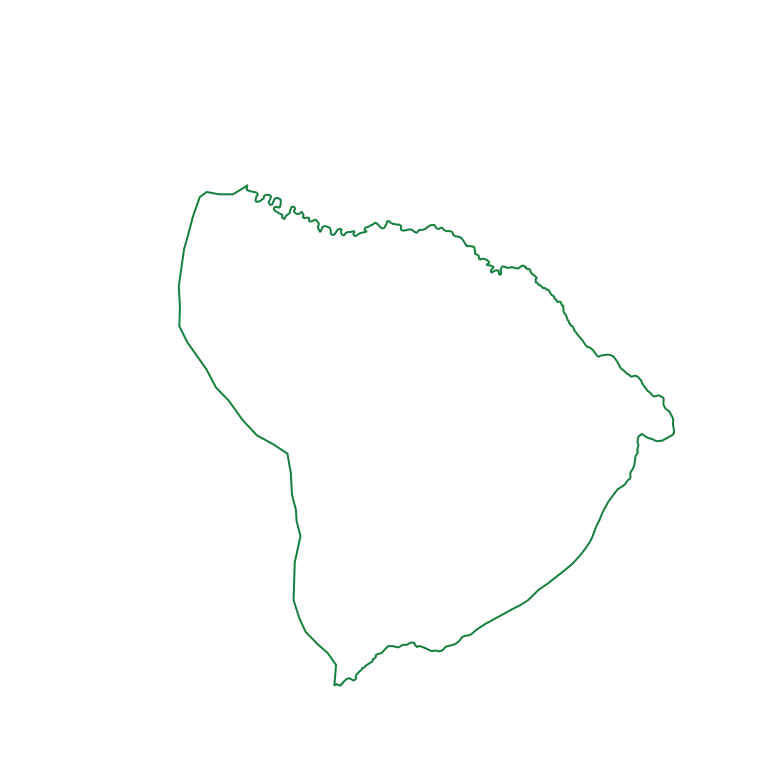 Samjiyon, Ryanggang, North Korea (Natural Earth projection), rotated 144°
{"feature_id": "82179303B58303989641607", "entity_name": "Samjiyon", "entity_type": "district", "adm_level": 2, "iso_a3": "PRK", "parent_name": "North Korea", "parent_adm1": "Ryanggang", "projection": "natural_earth1", "projection_center": [128.242, 41.802], "detail": "fine", "context": "isolated", "style": "outline", "palette": "green", "viewbox_px": 768, "rotation_deg": 144, "n_neighbors": 0, "source": "geoboundaries", "source_scale": "gbopen_adm2", "svg_char_len": 6166}
<svg xmlns="http://www.w3.org/2000/svg" viewBox="0 0 768 768"><g transform="rotate(144 384 384)"><path d="M535.1,324.9L541.0,310.0L561.1,292.1L584.2,262.3L590.1,244.5L593.1,229.6L590.5,211.7L587.7,199.8L587.9,184.9L601.7,168.9L600.6,169.5L598.7,169.1L598.2,167.6L596.8,165.9L596.1,165.6L594.8,166.4L593.8,166.0L592.9,166.6L591.4,166.9L587.4,167.3L585.9,166.8L585.1,166.3L584.2,164.9L583.1,162.2L580.8,161.8L579.5,162.4L578.9,163.9L577.2,165.0L572.8,165.9L570.2,166.0L569.1,166.7L565.8,166.4L563.8,166.8L558.7,166.6L557.7,166.3L555.8,166.8L554.8,167.9L553.0,167.5L552.4,167.8L551.2,167.9L549.9,169.5L547.7,169.2L544.2,167.8L535.2,169.5L534.5,169.3L530.9,166.8L528.2,163.4L527.2,162.6L526.2,162.3L522.0,161.9L519.8,160.2L518.2,159.5L514.7,159.1L512.6,157.9L511.9,157.0L511.7,156.2L512.4,154.6L512.3,153.9L511.8,152.9L512.0,152.2L511.8,151.8L510.3,151.6L508.7,150.4L505.2,145.1L504.3,142.9L502.5,140.0L498.9,138.0L497.0,135.7L494.4,134.4L491.8,134.3L489.1,135.1L487.9,135.0L482.0,132.5L478.7,131.7L474.2,131.9L470.0,133.2L468.4,133.2L466.7,132.7L462.8,130.7L461.7,130.5L458.2,130.3L456.7,130.7L452.2,130.8L442.7,130.3L410.8,126.2L404.1,125.0L394.8,124.4L379.1,126.7L370.4,126.3L347.7,127.1L336.9,127.9L325.7,130.2L316.8,132.8L310.7,135.1L306.0,137.4L295.3,144.4L290.0,147.1L282.0,152.0L271.5,157.0L257.3,161.4L248.2,161.1L243.1,162.9L240.6,162.9L239.0,164.1L238.3,165.7L236.2,167.8L232.2,169.2L230.3,170.7L229.1,171.2L226.5,174.2L224.7,175.7L223.2,177.6L218.7,179.6L218.3,181.1L216.3,183.2L214.3,184.7L213.0,187.9L211.0,190.4L209.3,191.8L204.8,192.1L202.6,186.1L199.0,181.1L197.2,177.6L196.2,176.9L193.9,175.8L193.6,175.2L193.0,174.8L184.5,173.6L179.8,173.2L178.1,174.1L177.4,174.9L174.9,179.4L174.5,180.7L171.3,184.8L170.4,186.5L169.3,193.7L170.7,198.5L170.5,201.3L169.5,203.9L166.4,207.7L166.3,209.3L168.0,212.8L168.8,213.6L172.5,214.9L173.4,216.4L174.0,221.3L174.7,222.9L174.9,230.9L174.6,233.2L174.2,234.3L174.0,237.0L174.5,240.7L175.5,242.8L179.5,244.6L180.1,245.4L180.2,246.8L181.4,249.6L182.0,253.4L183.2,257.7L182.2,265.2L182.1,269.1L182.3,271.5L183.9,274.4L185.8,276.3L191.5,279.4L194.2,279.9L194.8,281.0L195.0,282.5L195.2,284.4L194.9,287.3L195.3,289.7L196.1,292.5L197.8,294.8L198.1,295.9L197.8,303.3L198.2,306.8L198.5,315.2L198.4,316.5L198.0,317.2L197.5,319.5L197.8,320.4L198.3,321.1L198.4,322.3L198.1,323.4L198.4,324.5L197.7,326.0L197.9,327.4L196.4,332.6L196.6,334.2L196.3,335.1L196.4,336.2L196.0,337.3L193.2,341.8L193.2,342.4L193.8,343.2L192.9,346.2L193.3,347.2L195.0,348.2L195.7,349.2L195.0,350.7L195.8,352.8L195.2,354.2L195.1,355.2L195.4,356.1L196.0,357.0L196.0,361.0L195.5,362.5L196.1,363.9L197.1,365.2L197.4,367.1L198.3,367.5L198.8,368.1L199.4,370.3L199.4,371.9L200.4,372.6L200.6,373.4L200.5,375.8L201.4,376.8L201.2,377.6L200.5,378.2L200.0,379.4L198.3,379.9L198.0,380.3L198.4,382.9L199.4,385.8L199.7,387.4L199.4,388.7L198.7,389.8L198.8,391.2L199.4,392.2L200.3,392.4L200.5,392.8L200.6,393.6L201.1,394.6L200.5,395.1L201.3,397.1L202.2,398.3L204.5,398.7L205.9,398.4L207.3,398.6L209.5,400.3L211.5,403.2L213.9,404.2L216.4,405.8L216.7,406.8L217.9,408.6L219.3,409.4L222.3,408.2L224.2,404.6L225.6,404.0L226.1,404.6L226.2,405.5L225.0,408.6L225.4,409.3L227.5,410.5L231.1,410.9L231.5,411.2L231.5,412.1L230.1,413.4L227.2,413.8L226.8,414.2L227.1,415.7L227.7,416.5L230.7,419.8L230.4,420.2L228.7,420.1L227.7,420.4L227.4,421.1L227.4,422.1L228.0,424.2L229.0,425.9L230.1,427.0L232.0,428.2L233.0,428.0L233.3,428.4L233.3,429.7L232.1,432.0L232.6,433.7L233.6,435.4L233.6,436.2L233.4,436.7L231.9,438.2L231.5,439.9L230.7,441.2L230.7,442.2L234.1,445.8L235.9,446.7L235.6,455.1L235.8,457.4L237.4,459.6L239.2,461.3L240.1,462.7L240.2,464.3L239.6,465.9L239.7,467.4L240.2,468.2L241.8,469.8L243.3,470.6L244.7,472.8L245.0,473.6L245.1,476.1L246.3,477.0L248.5,477.2L249.8,478.5L250.0,480.3L249.8,483.0L252.8,485.0L256.9,485.4L259.4,485.1L261.0,485.5L265.2,488.0L267.8,487.1L268.9,487.4L269.8,489.1L270.9,492.7L272.8,494.2L277.8,496.4L279.0,497.7L279.4,498.6L279.3,499.6L277.3,501.5L277.4,502.5L278.3,504.3L280.0,505.4L280.8,506.6L282.3,507.9L284.0,511.0L284.3,513.0L284.8,513.4L286.1,513.5L288.2,511.9L291.6,510.3L292.9,510.4L294.3,511.2L294.8,513.6L295.4,518.1L296.2,519.3L296.8,519.7L299.6,519.6L301.5,520.2L303.7,520.2L306.3,521.2L307.6,521.2L308.7,520.7L309.0,519.7L308.7,517.8L309.2,517.7L314.6,520.1L319.6,520.3L320.7,521.0L320.9,522.1L320.6,523.4L318.6,524.6L318.7,525.3L319.1,525.8L321.7,526.6L324.1,528.3L326.1,528.6L328.6,527.9L329.4,528.1L329.8,528.7L330.1,530.0L329.9,531.3L329.3,532.4L327.7,533.9L328.0,534.8L328.6,535.5L330.2,535.9L331.5,535.9L335.7,534.2L337.1,534.4L338.1,535.0L338.5,535.7L338.5,536.9L338.1,537.9L336.5,539.7L336.1,542.0L336.7,543.4L338.3,545.8L339.6,546.8L341.3,547.2L345.4,544.7L346.0,544.7L346.4,545.1L345.9,546.3L345.9,547.9L345.3,549.7L344.8,550.3L343.0,551.4L342.5,552.1L342.3,553.6L342.5,556.4L343.3,557.5L346.3,557.9L348.3,558.9L348.6,559.6L348.6,560.4L347.2,561.9L347.4,562.9L348.2,563.7L350.8,564.9L351.5,566.0L351.4,566.8L350.4,567.3L349.8,568.1L349.4,570.6L349.5,571.5L349.8,571.7L351.6,571.4L353.4,571.8L354.1,572.3L355.0,573.6L355.5,575.3L355.5,576.1L355.1,576.8L353.0,578.1L352.6,579.2L353.0,580.7L354.4,581.4L355.5,581.1L357.5,580.0L359.5,577.9L364.9,577.5L365.8,577.1L366.7,576.2L367.8,576.3L367.9,577.0L368.3,577.5L368.5,577.9L368.3,578.8L367.1,580.2L366.9,581.2L368.1,582.9L370.3,587.8L370.5,589.3L370.1,590.5L369.1,591.3L367.9,591.1L366.5,590.3L365.4,588.5L364.2,588.4L362.3,589.8L359.8,592.9L359.5,593.6L359.4,594.7L360.9,597.3L361.6,597.8L362.9,598.1L364.1,597.9L368.8,595.1L369.7,595.1L370.8,596.1L370.9,597.7L370.6,598.8L367.4,600.4L365.2,602.1L365.5,603.9L367.3,605.9L369.4,606.7L370.3,606.7L371.1,606.2L372.2,604.8L374.4,605.1L376.0,604.7L378.9,605.6L380.1,606.5L380.2,607.4L379.9,608.2L377.2,610.6L375.0,611.2L374.5,612.2L375.0,614.4L378.5,618.1L380.7,621.2L380.8,621.7L380.1,623.0L378.4,624.3L378.1,624.9L394.7,626.2L406.1,634.6L414.6,643.6L423.2,643.5L440.4,631.6L454.9,619.7L466.4,610.7L492.4,583.9L504.0,566.0L515.6,551.1L518.6,533.3L519.0,500.5L522.0,479.7L519.4,461.8L519.6,438.0L517.0,417.2L508.6,399.3L503.1,384.4L511.8,366.6L523.4,348.7L529.3,333.8L535.1,324.9Z" fill="none" stroke="#15803d" stroke-width="2"/></g></svg>